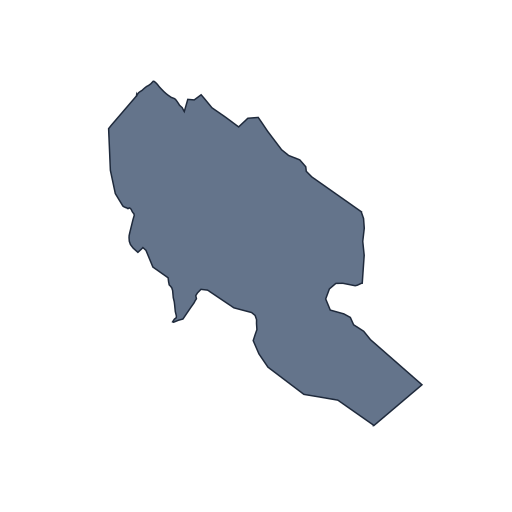 The Morne, Castries, Saint Lucia, rotated 341°
{"feature_id": "8701671B84211341759878", "entity_name": "The Morne", "entity_type": "district", "adm_level": 2, "iso_a3": "LCA", "parent_name": "Saint Lucia", "parent_adm1": "Castries", "projection": "equal_earth", "projection_center": [-60.998, 13.997], "detail": "fine", "context": "isolated", "style": "filled", "palette": "slate", "viewbox_px": 512, "rotation_deg": 341, "n_neighbors": 0, "source": "geoboundaries", "source_scale": "gbopen_adm2", "svg_char_len": 1951}
<svg xmlns="http://www.w3.org/2000/svg" viewBox="0 0 512 512"><g transform="rotate(341 256 256)"><path d="M371.0,431.8L337.0,372.4L333.3,362.2L325.9,352.8L325.2,344.8L320.1,339.2L319.6,338.9L308.6,331.3L307.9,319.3L314.7,311.0L322.6,307.9L329.3,310.1L340.1,316.4L342.3,316.6L347.1,316.1L347.6,316.3L358.5,290.6L361.7,276.9L367.4,265.0L369.9,255.6L369.9,248.8L370.1,248.6L334.5,199.4L331.1,192.3L332.1,187.8L328.7,179.4L319.6,171.6L314.8,163.9L307.6,141.9L305.0,132.1L303.2,125.7L293.1,123.1L281.6,128.3L272.5,115.0L262.6,101.5L258.4,90.2L256.6,85.7L248.4,88.3L242.5,85.7L235.2,96.1L235.0,95.2L234.8,93.7L234.5,91.7L233.7,90.3L232.7,88.4L232.4,86.8L232.0,85.4L231.5,83.6L230.9,81.8L230.2,80.7L229.3,79.9L228.3,79.1L227.3,78.2L226.6,77.2L225.2,75.3L223.9,73.3L222.4,70.6L220.8,67.2L219.6,64.5L218.6,61.5L217.5,59.2L216.5,57.7L215.7,57.3L215.2,57.6L214.4,58.0L212.5,59.0L209.8,59.8L207.7,60.1L205.7,60.8L204.2,61.4L202.2,62.3L200.0,62.8L198.1,63.4L196.5,64.5L195.8,65.2L195.8,64.4L195.0,65.8L161.7,85.3L158.1,87.6L146.2,127.6L143.3,151.2L146.4,165.5L147.0,166.2L147.3,166.7L148.0,167.2L148.6,167.9L149.3,168.1L149.6,168.4L149.8,169.2L150.6,169.6L151.8,169.2L152.6,170.0L153.2,171.4L153.3,172.9L153.7,174.9L154.3,176.1L154.2,177.0L154.2,177.8L151.5,181.6L144.4,192.6L142.7,195.4L141.9,197.4L141.0,200.8L141.0,204.3L142.4,208.5L145.5,214.1L150.7,211.8L151.8,211.2L153.8,214.8L154.9,232.9L165.8,248.0L164.9,252.2L164.7,254.0L164.5,255.0L165.3,256.6L166.0,258.7L165.9,261.6L164.2,268.5L163.8,272.7L163.2,275.5L161.6,282.3L161.2,286.8L160.5,288.4L158.3,289.1L155.7,291.1L156.5,291.8L161.7,291.5L166.4,291.8L177.2,283.7L182.1,280.2L184.0,278.4L185.8,277.0L186.1,273.9L188.7,271.8L193.1,269.6L199.1,272.5L218.2,297.8L233.4,308.0L235.8,311.9L235.8,316.4L234.5,320.0L232.9,325.9L229.8,329.8L225.8,335.1L226.9,349.5L231.1,365.0L256.2,402.4L286.4,418.9L311.9,454.0L311.7,454.6L312.2,454.7L371.0,431.8Z" fill="#64748b" stroke="#1e293b" stroke-width="1.5"/></g></svg>